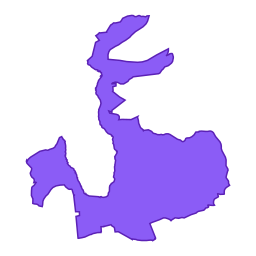 Kota Palu, Sulawesi Tengah, Indonesia (orthographic projection)
{"feature_id": "22746128B23229204425516", "entity_name": "Kota Palu", "entity_type": "district", "adm_level": 2, "iso_a3": "IDN", "parent_name": "Indonesia", "parent_adm1": "Sulawesi Tengah", "projection": "orthographic", "projection_center": [119.87, -0.79], "detail": "fine", "context": "isolated", "style": "filled", "palette": "violet", "viewbox_px": 256, "rotation_deg": 0, "n_neighbors": 0, "source": "geoboundaries", "source_scale": "gbopen_adm2", "svg_char_len": 5784}
<svg xmlns="http://www.w3.org/2000/svg" viewBox="0 0 256 256"><path d="M42.2,206.6L42.6,204.9L42.9,201.3L43.8,199.0L45.8,196.1L47.9,194.2L50.9,189.6L52.9,187.5L56.1,185.9L60.2,185.1L64.3,184.9L65.7,186.9L68.2,188.9L69.2,189.3L71.3,189.2L72.0,189.5L73.7,195.0L75.1,195.1L73.7,195.1L75.6,211.7L79.4,211.8L79.5,215.5L76.0,216.4L78.1,238.8L78.3,238.3L81.9,237.7L84.9,237.0L90.3,234.5L90.9,234.6L93.0,233.6L97.5,232.6L100.9,232.5L100.9,231.8L101.3,231.7L101.0,226.7L103.6,226.7L104.0,226.6L104.0,226.3L105.1,226.2L111.0,224.7L111.8,225.8L114.0,227.2L114.4,227.7L115.1,231.9L118.3,231.7L132.2,239.5L132.2,239.0L136.2,239.5L137.2,240.0L141.6,240.5L146.5,240.5L150.3,240.1L152.7,240.3L152.8,240.6L155.2,239.1L154.9,238.5L155.6,238.1L149.8,223.5L152.1,222.4L159.5,219.7L163.5,217.9L165.3,217.9L168.4,218.9L170.0,219.7L171.0,220.7L171.6,220.0L175.1,217.8L178.7,218.3L181.9,217.5L184.2,217.9L191.0,214.7L196.2,213.0L197.1,212.1L198.3,211.4L203.8,210.2L204.9,209.2L205.5,208.1L207.3,207.7L208.4,207.1L208.6,206.7L207.9,205.5L208.1,205.0L212.1,205.4L213.9,205.4L214.5,205.2L213.7,204.0L213.5,203.3L213.6,201.0L214.3,199.3L214.7,198.9L218.2,196.9L218.4,196.2L217.8,194.9L217.7,193.8L218.4,193.8L220.1,194.4L224.1,194.2L224.3,193.5L224.2,192.4L224.4,190.3L224.8,189.4L225.6,188.2L226.8,187.2L229.6,185.3L228.6,183.5L228.5,181.3L228.3,180.8L226.2,177.8L226.1,177.1L226.5,175.2L227.6,171.1L228.0,170.5L227.9,169.1L226.0,165.7L226.1,159.9L225.4,157.2L222.0,150.8L221.3,148.6L221.3,146.2L221.0,144.2L220.0,141.9L215.5,136.5L213.4,132.7L212.1,131.6L210.8,131.1L209.3,131.1L207.9,131.4L205.7,131.4L201.4,131.1L199.1,131.3L198.8,131.9L195.8,132.1L194.2,134.7L191.9,136.7L189.6,137.8L186.8,138.0L185.8,138.5L184.9,140.5L183.5,141.5L182.4,141.6L181.5,141.1L180.5,140.1L177.6,139.3L170.0,134.5L168.2,133.8L166.6,133.8L165.3,134.0L164.2,134.6L162.7,134.8L161.2,134.4L159.6,134.7L157.4,134.6L155.6,133.8L153.3,133.3L151.6,131.4L148.4,129.8L143.8,130.4L142.8,131.3L143.9,130.4L140.5,127.6L138.7,123.2L138.4,120.5L137.5,117.1L137.8,116.5L131.1,119.6L122.0,119.4L118.8,119.7L119.2,118.9L119.3,116.8L119.0,116.0L118.0,114.9L116.3,114.3L109.7,113.1L108.8,111.0L111.9,112.0L112.0,110.3L125.1,100.1L119.6,97.0L112.6,91.4L113.1,90.5L112.8,86.8L116.0,85.9L116.0,83.6L112.0,83.7L111.5,84.4L112.5,83.0L115.3,82.1L117.8,82.4L120.5,83.9L123.7,83.9L127.9,81.4L129.2,79.5L132.1,77.8L133.2,76.8L158.6,73.7L159.9,73.0L161.8,70.2L163.2,69.0L164.7,66.9L168.0,65.8L168.8,65.3L171.5,63.1L172.6,61.4L173.3,57.9L173.3,56.8L172.6,54.3L172.2,53.6L171.3,53.5L169.9,53.7L169.0,54.5L166.9,55.4L166.1,55.9L167.5,54.3L168.4,51.0L168.4,48.8L156.7,54.9L147.4,60.4L142.3,61.9L137.6,62.3L126.8,61.6L119.9,60.4L108.1,59.3L108.0,54.8L108.8,51.8L110.2,49.6L115.3,46.4L118.6,44.8L122.2,42.2L125.7,40.2L129.8,37.2L131.4,35.3L135.5,31.6L143.0,26.8L145.9,24.0L146.7,22.7L147.6,21.0L149.1,15.8L147.0,15.9L145.7,16.8L143.0,16.3L141.5,16.5L140.8,16.3L139.6,15.6L138.6,15.6L136.3,16.6L134.8,16.6L133.4,15.6L131.8,15.4L127.5,16.1L122.7,18.3L121.2,20.8L120.1,22.0L115.5,23.0L113.6,22.9L111.4,24.7L110.3,25.1L110.6,25.1L106.5,31.8L106.6,32.2L100.2,32.9L99.4,32.7L97.6,34.5L95.8,35.7L99.3,40.3L95.6,42.4L92.2,56.3L87.5,60.5L87.9,60.9L87.6,61.2L87.9,62.4L87.6,63.6L88.2,64.6L90.2,65.3L90.9,66.3L91.8,67.2L94.9,69.3L95.6,69.7L96.8,69.7L97.8,70.2L97.5,70.9L99.0,71.7L99.3,71.0L100.1,71.2L100.9,72.6L101.4,72.7L101.3,73.2L102.0,75.1L101.9,75.9L101.7,76.3L100.8,75.7L100.5,76.1L101.4,76.5L101.2,76.9L100.9,76.7L101.1,77.0L100.2,78.4L98.5,80.5L98.5,80.9L97.4,83.6L97.5,84.2L96.2,87.7L95.7,87.9L95.8,88.4L95.6,88.5L96.0,89.7L95.6,90.0L96.2,91.1L96.2,92.0L95.9,92.7L96.1,94.0L97.8,95.8L98.4,97.3L100.3,100.0L101.0,103.3L100.4,105.7L98.7,109.8L98.8,110.6L98.5,112.0L98.7,114.7L98.5,116.8L98.8,117.6L98.8,119.4L99.9,121.5L100.0,124.0L100.2,124.6L100.4,124.9L101.3,125.2L101.7,126.1L101.7,126.9L102.5,127.8L103.8,128.3L104.8,129.3L106.3,131.7L108.2,133.6L111.0,134.6L111.9,135.6L112.0,135.9L111.8,136.0L112.0,136.2L112.3,136.0L112.8,136.5L113.2,137.2L112.5,139.4L113.2,141.6L113.2,142.3L112.9,143.2L113.7,144.5L114.3,148.5L114.8,149.4L117.1,151.2L117.0,151.6L116.5,151.6L116.5,151.8L117.1,152.1L117.0,152.9L114.7,156.8L115.0,158.0L114.9,158.6L115.1,159.3L115.6,160.1L115.1,163.8L114.9,164.4L114.9,165.6L114.5,166.8L114.8,170.8L114.5,171.9L114.0,172.8L114.2,173.9L113.5,177.0L114.6,178.5L114.7,179.4L114.0,181.7L112.1,183.1L111.3,183.5L111.2,183.9L109.8,185.7L109.5,187.2L109.4,191.3L108.3,193.1L108.3,194.4L107.8,195.7L107.5,196.0L106.0,196.9L103.5,197.4L101.9,197.2L101.1,196.6L99.5,197.0L99.6,197.3L99.0,197.1L98.5,196.7L89.2,196.0L86.5,194.7L86.3,194.4L86.3,194.6L85.4,194.2L83.9,193.0L83.6,191.4L83.1,190.3L83.1,190.0L82.3,189.3L81.2,186.7L81.3,186.6L80.9,186.2L81.0,185.9L80.7,185.7L80.0,183.7L79.5,183.0L79.2,182.1L78.2,180.8L77.7,179.5L77.2,177.8L77.4,177.7L76.9,177.0L76.7,175.1L76.4,174.2L75.6,173.3L75.8,173.3L75.8,172.7L74.9,170.9L73.9,169.9L73.9,169.1L72.9,168.3L70.7,167.3L70.1,166.2L68.7,165.3L67.4,163.4L68.0,162.8L66.8,161.2L67.2,160.0L66.1,159.2L66.3,158.3L65.6,157.4L65.4,156.4L65.5,155.7L65.2,155.7L65.3,155.0L65.8,154.0L65.8,152.9L65.2,151.9L65.6,151.3L65.8,149.6L65.5,147.9L65.7,147.4L65.6,145.3L65.2,143.3L64.8,142.5L65.2,141.9L65.1,141.2L64.6,140.9L64.5,140.3L63.6,139.7L63.0,138.8L62.8,138.8L62.6,138.1L61.9,137.2L61.7,136.6L59.7,137.5L59.4,137.8L56.9,143.9L55.6,145.5L54.9,147.0L53.3,148.2L49.6,149.4L47.9,150.3L45.6,149.9L39.9,151.3L30.5,157.2L28.1,159.4L27.2,161.1L26.7,160.2L26.4,161.1L26.5,161.9L27.0,163.3L31.5,168.0L31.7,168.7L31.4,170.4L30.3,173.0L30.3,173.5L30.9,175.5L31.9,177.2L33.7,178.6L34.1,179.6L34.3,180.9L33.8,182.6L35.7,182.2L36.1,182.4L34.0,185.5L32.4,186.6L31.8,187.6L31.5,190.8L31.4,195.5L32.9,198.9L32.8,203.4L34.2,203.9L36.9,204.2L38.1,204.9L39.0,205.9L42.2,206.6Z" fill="#8b5cf6" stroke="#5b21b6" stroke-width="1.5"/></svg>